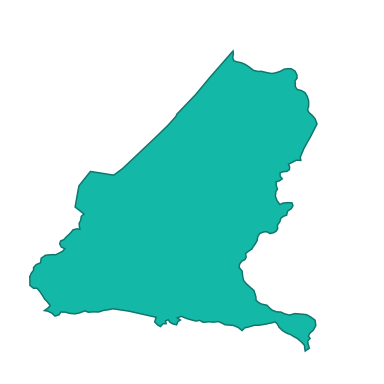 São Bento do Sul, Santa Catarina, Brazil, rotated 280°
{"feature_id": "56859067B90666299888242", "entity_name": "São Bento do Sul", "entity_type": "district", "adm_level": 2, "iso_a3": "BRA", "parent_name": "Brazil", "parent_adm1": "Santa Catarina", "projection": "natural_earth1", "projection_center": [-49.376, -26.295], "detail": "fine", "context": "isolated", "style": "filled", "palette": "teal", "viewbox_px": 384, "rotation_deg": 280, "n_neighbors": 0, "source": "geoboundaries", "source_scale": "gbopen_adm2", "svg_char_len": 2958}
<svg xmlns="http://www.w3.org/2000/svg" viewBox="0 0 384 384"><g transform="rotate(280 192 192)"><path d="M49.6,70.8L48.3,75.2L46.0,78.6L47.9,82.3L51.0,83.7L51.7,88.2L51.2,92.7L51.7,98.0L53.5,102.4L56.3,107.1L55.6,110.9L56.7,115.0L57.6,120.8L60.1,125.6L61.7,130.6L63.2,134.3L63.4,138.5L63.7,150.6L62.4,178.4L57.6,177.8L55.1,181.2L54.0,184.3L57.2,186.3L57.9,189.5L60.3,188.2L62.1,190.7L59.9,192.9L58.8,195.9L58.5,199.9L61.9,200.6L63.9,202.8L65.5,199.3L67.7,203.2L66.5,208.5L65.9,213.9L65.6,218.2L66.9,221.9L65.6,225.7L67.1,231.0L67.6,236.0L69.0,240.5L68.1,244.1L67.0,247.7L67.4,251.7L67.8,255.8L66.6,261.1L64.2,265.4L67.3,267.4L68.7,270.7L70.3,274.0L71.7,276.9L72.3,280.8L73.6,284.4L74.6,287.5L76.0,290.6L77.0,293.5L78.6,296.3L76.9,298.9L74.0,301.1L71.3,305.0L69.4,309.8L68.8,313.6L67.4,317.0L66.0,321.2L63.3,325.8L60.4,329.5L57.7,330.1L55.0,331.1L58.5,334.7L62.2,332.9L65.2,331.8L68.3,333.7L70.3,331.7L73.3,332.5L77.0,335.5L82.1,337.1L87.1,335.5L89.5,330.7L91.1,326.1L90.7,320.3L90.1,314.4L87.7,309.3L88.1,304.5L89.2,300.4L88.7,296.1L89.5,291.8L91.1,288.7L93.5,285.5L93.7,279.9L94.9,276.5L96.5,273.9L99.9,273.1L102.5,271.8L105.9,270.0L108.4,265.7L111.5,260.8L113.9,258.2L117.0,256.8L122.8,255.1L126.1,251.3L129.5,251.5L132.7,253.2L134.5,255.8L137.3,256.7L140.7,255.4L143.2,257.7L146.2,260.8L149.3,262.0L151.8,263.3L155.6,264.6L159.4,264.5L163.0,266.0L165.3,269.9L165.8,272.9L164.6,275.9L166.0,279.3L167.8,281.5L170.5,282.7L174.4,281.9L177.7,283.6L181.8,284.1L184.1,286.5L185.6,289.2L189.6,289.4L192.9,292.7L196.1,293.8L198.7,292.3L198.2,288.2L196.9,283.6L195.0,280.7L198.2,277.3L202.1,274.9L207.0,274.5L209.7,275.7L212.8,273.9L216.6,273.1L218.1,276.0L220.6,278.6L222.9,276.0L226.2,275.5L227.9,278.4L228.7,281.7L230.9,284.0L233.6,283.8L236.2,282.2L238.6,285.6L241.4,289.1L242.0,293.7L245.2,292.6L254.4,294.7L260.6,296.8L266.9,299.1L280.7,303.3L285.6,300.4L288.3,297.1L290.7,293.2L293.5,291.4L296.0,292.0L299.8,291.5L302.5,290.8L306.2,288.8L309.5,286.0L310.9,282.2L311.2,277.9L313.8,275.3L316.6,275.0L319.2,274.1L322.2,275.7L325.6,275.0L329.0,272.4L330.6,268.3L330.1,264.9L329.0,261.5L326.3,258.2L323.9,253.7L322.6,250.3L322.5,246.9L322.7,242.9L322.9,239.3L322.2,235.9L322.5,231.4L324.9,226.9L326.9,222.3L327.9,217.9L328.0,213.4L328.5,210.4L331.3,208.8L335.2,208.8L338.0,207.9L307.8,189.6L288.5,178.6L266.2,163.7L263.4,162.9L253.3,156.6L239.2,146.4L203.3,119.8L195.1,112.1L194.9,107.4L194.9,104.1L194.8,99.4L194.6,88.4L178.7,79.7L175.4,79.5L172.0,79.5L162.4,79.5L156.9,79.5L151.6,89.4L148.8,87.2L144.5,87.3L141.8,86.3L138.6,87.0L136.1,88.1L135.7,85.0L134.1,81.4L131.1,79.8L128.4,77.9L125.8,75.9L122.8,74.0L121.0,71.1L118.0,70.7L115.1,72.8L114.1,76.6L111.2,74.9L108.7,71.6L106.6,68.8L105.9,64.6L104.3,58.7L100.6,55.0L95.9,55.1L93.6,51.3L90.2,49.1L87.3,49.5L84.4,47.9L80.4,46.9L76.9,47.7L71.9,48.6L69.7,52.5L70.3,56.2L67.3,59.7L63.4,63.4L61.2,65.2L58.7,68.6L55.5,72.1L52.6,70.2L49.6,67.3L49.6,70.8Z" fill="#14b8a6" stroke="#0f766e" stroke-width="1.5"/></g></svg>